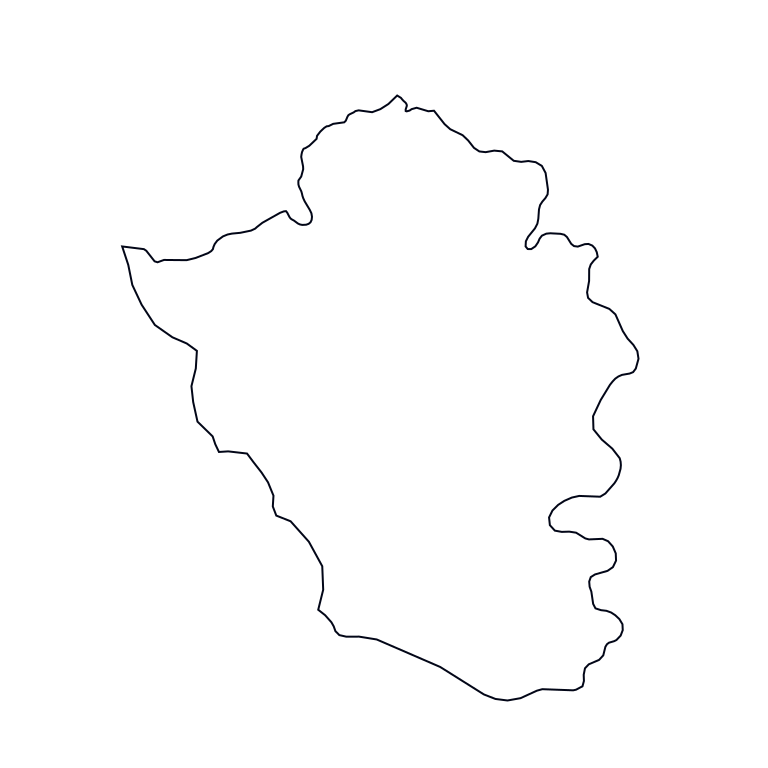 Jammu and Kashmir, Mercator projection, rotated 192°
{"feature_id": "IND-2431", "entity_name": "Jammu and Kashmir", "entity_type": "Union Territory", "adm_level": 1, "iso_a3": "IND", "parent_name": "India", "parent_adm1": "", "projection": "mercator", "projection_center": [75.016, 33.537], "detail": "fine", "context": "isolated", "style": "outline", "palette": "ink", "viewbox_px": 768, "rotation_deg": 192, "n_neighbors": 0, "source": "natural_earth", "source_scale": "10m", "svg_char_len": 3428}
<svg xmlns="http://www.w3.org/2000/svg" viewBox="0 0 768 768"><g transform="rotate(192 384 384)"><path d="M281.7,632.5L274.9,630.1L269.8,624.0L264.0,608.1L263.4,603.5L264.8,599.4L267.0,595.4L268.5,591.5L268.7,587.0L267.4,577.7L267.3,572.7L268.7,567.6L273.6,558.0L274.9,553.1L274.1,548.0L271.5,545.9L268.0,546.6L264.6,550.1L262.8,554.5L262.0,558.5L260.4,561.9L256.5,564.8L252.7,566.0L242.6,567.6L238.7,567.5L235.6,565.8L230.0,560.0L226.8,558.4L223.0,558.7L216.7,562.5L213.1,563.5L209.0,562.7L205.8,560.5L203.3,557.2L201.4,552.9L203.2,550.2L203.4,549.9L204.5,548.2L206.6,543.9L207.2,539.1L204.8,527.4L204.4,515.8L202.3,510.7L197.0,507.4L179.2,504.3L172.1,500.2L161.4,485.4L155.1,479.0L148.2,474.1L143.0,468.7L140.3,461.6L140.9,451.5L142.8,447.4L145.9,445.3L153.1,442.4L156.3,440.1L158.9,437.3L160.9,434.0L162.8,430.2L168.7,413.4L172.8,395.9L169.7,383.2L159.4,374.9L147.2,368.2L138.0,360.4L136.4,357.2L135.4,353.8L135.0,350.2L135.4,343.5L136.0,340.5L136.9,337.6L138.0,334.8L144.7,322.9L149.1,318.7L169.8,315.1L176.6,312.0L183.3,307.2L188.5,302.0L192.9,295.3L194.8,287.8L192.4,280.4L186.4,276.1L179.4,276.3L172.1,278.1L165.2,278.5L155.0,274.8L151.2,274.6L138.0,278.0L132.1,276.8L126.4,272.6L122.1,266.5L120.3,259.5L122.0,252.5L126.5,247.7L138.0,241.6L141.6,238.1L142.2,233.4L140.7,228.4L138.0,224.0L133.7,212.4L130.5,208.5L124.7,207.9L119.3,208.4L114.3,207.7L109.7,205.9L104.9,203.0L100.8,198.6L99.3,192.9L100.2,187.1L103.4,181.9L105.4,180.3L110.2,177.7L111.8,175.8L112.8,173.0L113.1,164.2L116.2,158.9L125.4,152.4L128.3,147.7L128.2,141.1L126.7,135.1L127.0,129.6L132.6,124.9L135.3,123.7L165.7,118.4L170.7,115.8L185.1,105.1L197.4,100.1L209.5,99.1L221.7,101.1L270.2,118.9L338.0,132.6L355.9,131.7L368.4,129.0L375.5,129.1L377.7,130.6L380.1,132.1L382.8,136.5L385.9,140.0L393.5,145.6L401.4,149.5L400.7,170.1L406.5,192.9L424.7,214.1L446.8,230.3L462.0,232.9L467.3,241.1L468.9,251.8L477.0,263.7L485.3,271.9L495.3,280.3L503.5,287.5L522.4,285.7L531.3,283.2L536.5,290.0L540.7,297.1L558.6,308.4L566.9,326.7L571.9,341.8L571.3,360.0L573.9,377.5L585.3,382.6L600.7,385.7L620.4,394.1L637.6,411.2L650.8,428.6L658.9,447.3L668.7,464.1L646.9,466.0L644.2,464.9L633.9,456.3L630.8,456.0L625.0,459.6L602.8,464.1L594.5,468.1L583.2,475.5L580.6,478.1L579.4,480.3L579.3,482.7L578.7,485.7L576.9,489.6L572.2,494.9L568.1,497.7L564.0,499.5L556.0,502.0L546.0,506.4L542.3,509.2L541.1,510.9L536.5,516.4L521.3,529.8L517.9,532.0L515.8,532.7L514.3,531.5L511.2,527.7L509.7,526.4L508.0,525.7L506.2,525.2L501.6,523.1L499.5,522.6L497.1,522.6L493.3,523.6L491.0,525.0L489.5,526.9L488.9,529.5L489.2,532.6L490.5,535.9L492.9,539.0L499.5,546.1L501.6,548.9L502.9,551.1L503.8,553.1L504.9,555.2L508.1,559.3L509.2,561.4L509.8,563.9L510.0,565.3L508.1,569.7L507.7,577.3L508.4,580.0L512.2,588.9L512.4,591.4L512.4,593.8L511.8,596.8L511.4,597.5L509.9,598.4L506.6,601.5L500.9,609.8L501.1,612.8L498.8,617.6L497.3,619.8L495.7,622.1L493.7,624.1L491.7,624.8L487.8,627.9L477.3,631.7L476.1,633.6L475.3,637.9L474.7,639.6L473.5,640.8L470.1,643.4L468.7,645.0L465.7,646.4L452.1,647.4L444.7,652.1L437.9,658.8L431.1,668.9L426.9,667.4L425.6,666.3L423.8,665.0L421.3,663.6L420.0,662.2L419.5,660.9L419.9,657.0L419.5,655.5L418.5,655.4L415.8,656.8L414.1,658.6L409.5,661.0L397.4,660.0L391.9,661.7L378.8,650.8L372.2,647.0L358.8,643.7L352.3,639.7L345.1,633.7L339.1,631.3L332.8,631.9L324.7,635.2L316.7,636.1L303.5,629.3L296.0,629.8L289.2,632.1L281.7,632.5Z" fill="none" stroke="#020617" stroke-width="2"/></g></svg>